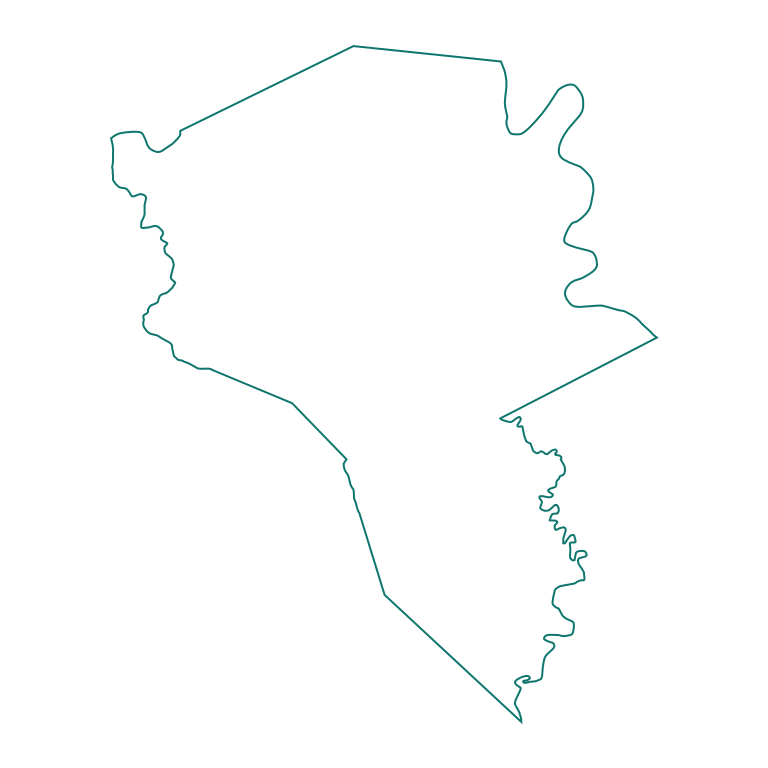 Potrerillos, Cortés, Honduras
{"feature_id": "27666195B96940721664513", "entity_name": "Potrerillos", "entity_type": "district", "adm_level": 2, "iso_a3": "HND", "parent_name": "Honduras", "parent_adm1": "Cortés", "projection": "mercator", "projection_center": [-87.952, 15.183], "detail": "fine", "context": "isolated", "style": "outline", "palette": "teal", "viewbox_px": 768, "rotation_deg": 0, "n_neighbors": 0, "source": "geoboundaries", "source_scale": "gbopen_adm2", "svg_char_len": 6108}
<svg xmlns="http://www.w3.org/2000/svg" viewBox="0 0 768 768"><path d="M180.2,130.9L180.3,134.4L179.8,135.8L177.4,138.9L172.9,143.5L162.3,150.7L160.4,151.6L158.6,152.0L156.7,151.9L154.0,151.0L151.1,149.5L149.3,148.0L147.5,145.3L145.0,138.6L143.0,134.5L141.7,133.0L139.6,132.1L136.8,131.8L132.7,131.8L126.2,132.3L121.4,133.0L118.7,133.7L116.1,134.8L113.7,136.3L111.1,138.3L112.5,144.2L113.1,148.8L112.9,163.1L112.1,167.3L112.7,169.6L112.7,172.8L113.1,176.4L112.9,179.2L113.3,180.6L115.9,184.2L119.2,187.2L120.4,187.6L125.2,188.3L126.9,189.2L129.0,191.7L131.2,195.5L132.0,196.2L132.9,196.4L134.2,196.2L139.0,194.4L140.3,194.1L143.4,194.7L144.6,195.4L145.5,196.3L145.9,197.2L146.1,198.3L144.6,205.1L144.6,214.2L144.2,215.8L143.2,218.3L141.4,222.0L141.1,226.2L141.2,227.1L142.0,227.9L143.4,228.0L148.9,227.4L153.7,226.1L156.2,226.0L158.2,226.8L161.6,230.0L162.8,231.7L163.0,233.4L162.8,234.6L160.9,237.4L161.0,239.0L162.3,240.4L166.8,242.8L167.3,243.3L166.7,244.6L165.1,246.2L164.4,247.7L164.5,250.2L165.1,252.4L165.9,253.6L171.5,258.3L172.7,260.5L173.6,263.7L173.7,265.4L171.1,275.5L170.8,277.7L171.5,279.2L174.8,282.1L175.2,282.6L175.1,283.0L172.5,287.5L168.5,291.4L166.2,293.1L162.5,294.1L160.0,295.7L159.3,297.1L157.8,301.8L157.3,302.5L154.5,304.0L151.3,305.2L149.3,307.1L148.0,309.8L148.0,311.7L147.7,312.5L146.3,313.8L144.2,314.8L143.4,315.9L143.4,317.5L143.9,320.0L143.3,321.9L143.3,324.2L143.5,325.9L144.2,327.5L146.8,331.1L149.4,333.2L151.3,334.0L157.2,335.4L163.5,339.3L169.3,342.4L170.9,343.6L172.0,345.5L172.2,348.3L173.9,355.9L177.8,359.7L182.5,360.7L184.0,361.6L188.7,363.3L197.9,368.5L201.6,368.8L208.5,368.6L211.1,369.2L214.0,370.7L292.1,403.2L346.5,459.3L343.8,463.4L343.7,466.0L344.5,469.4L345.5,471.4L347.8,474.8L348.5,476.4L350.5,484.6L351.6,486.9L353.5,489.7L353.9,493.5L354.0,498.4L355.6,502.3L357.8,510.3L359.4,513.2L384.6,594.9L521.3,721.9L521.2,718.9L519.3,712.2L515.3,704.9L515.0,703.5L515.1,702.1L515.7,699.8L519.5,691.8L520.6,689.1L520.7,688.1L520.4,687.6L516.8,685.2L515.9,684.3L515.0,682.8L515.1,681.5L516.7,679.8L520.0,677.9L522.8,676.7L526.0,676.0L527.8,676.0L529.0,676.5L529.7,677.4L529.8,678.5L527.5,680.2L524.3,680.7L523.3,681.1L523.1,681.4L523.2,681.9L524.2,682.8L525.8,682.8L530.1,681.8L535.4,681.3L539.9,679.6L541.4,678.4L542.1,676.1L542.8,667.2L543.3,663.9L544.0,660.3L544.8,657.6L545.7,656.0L547.1,654.3L553.0,648.8L554.0,647.3L554.4,646.2L554.1,644.4L553.0,643.0L547.4,641.1L545.5,640.1L544.3,639.2L544.0,638.6L544.2,637.6L545.3,636.0L546.8,635.2L549.5,634.8L558.3,635.0L562.3,636.0L564.9,636.1L570.2,635.1L571.5,634.5L572.5,633.6L573.2,631.5L573.8,627.8L573.9,624.6L573.5,622.6L572.3,621.4L566.7,618.9L563.8,616.9L562.4,615.5L558.8,608.7L555.6,607.2L553.1,604.8L552.7,604.0L552.5,602.5L553.1,597.7L554.9,590.0L556.5,588.3L559.0,586.7L560.7,586.0L574.6,583.5L577.2,581.8L578.7,581.1L581.3,580.2L583.6,580.3L584.2,579.8L584.5,578.2L583.8,572.1L581.7,568.5L578.9,564.5L578.1,562.1L578.0,560.3L578.4,559.0L579.2,558.2L585.4,556.5L586.5,555.6L586.7,554.9L586.1,552.9L585.3,551.8L584.6,551.3L582.1,550.8L578.1,551.3L576.8,552.0L575.9,553.0L574.5,560.1L573.9,560.4L573.0,560.4L571.4,559.5L570.4,558.1L570.0,556.9L570.4,549.0L569.8,543.8L570.1,542.9L570.6,542.6L574.3,542.5L575.0,542.3L575.5,541.9L575.5,540.5L574.2,535.6L573.7,535.1L572.8,534.9L571.1,535.3L569.8,536.3L567.5,539.2L565.3,542.7L564.3,543.4L563.3,543.3L563.3,538.4L565.7,530.6L565.7,529.5L565.2,528.3L564.3,527.4L563.0,527.4L560.3,528.0L556.4,529.8L555.5,529.8L554.8,528.4L554.6,525.7L557.3,522.4L557.3,521.9L556.6,521.2L555.4,520.6L549.8,520.4L550.6,517.2L552.1,514.3L552.8,513.9L557.4,513.4L558.1,512.5L558.7,511.0L558.8,509.3L558.4,507.7L557.8,506.2L556.6,505.0L555.0,505.0L549.0,510.3L546.7,510.7L545.0,510.8L542.6,510.1L541.1,509.2L540.3,508.0L540.3,507.2L542.0,502.2L541.0,500.0L539.6,498.3L539.4,497.4L539.6,496.6L540.3,496.2L543.1,496.2L547.1,497.1L549.7,497.3L551.0,497.0L552.3,496.2L552.9,495.2L552.6,494.2L548.4,491.4L548.2,490.8L548.3,490.1L549.9,488.8L555.1,487.0L555.7,486.6L556.2,485.4L556.5,481.8L557.1,480.4L558.6,479.2L560.0,476.2L563.2,474.9L564.4,473.2L565.0,470.5L564.8,467.4L564.0,465.2L560.7,459.4L561.4,458.2L561.2,456.9L559.6,455.6L555.7,454.9L555.4,454.7L555.2,453.4L556.5,452.7L556.8,451.4L556.4,450.3L555.3,449.5L553.7,449.8L551.4,450.8L547.2,454.2L545.0,453.7L544.0,452.6L541.5,451.3L540.3,451.6L538.3,452.9L536.8,453.3L533.6,451.4L532.9,450.1L530.6,443.7L527.3,442.1L526.5,441.4L526.0,440.7L524.1,435.4L522.4,426.6L521.7,426.2L520.3,426.6L518.6,426.6L517.8,426.4L517.5,426.0L517.5,425.2L517.8,424.4L520.1,421.0L520.6,419.7L520.7,418.4L519.8,417.2L519.2,417.0L517.9,417.5L515.3,419.1L512.5,421.4L510.6,422.1L507.9,421.7L502.4,420.0L501.3,419.4L500.3,418.4L656.9,337.6L653.9,335.3L650.2,331.5L642.4,324.3L639.0,320.6L636.3,318.1L631.9,315.2L625.8,311.8L623.6,311.0L618.3,310.1L605.1,306.3L602.0,305.6L597.9,305.6L580.6,306.9L576.7,306.8L574.4,306.4L571.7,305.2L569.3,302.7L566.8,299.3L565.4,296.1L564.9,293.2L565.5,290.1L567.1,287.0L569.8,283.7L571.5,282.3L574.1,280.8L576.3,280.0L580.1,278.9L582.8,277.8L589.8,273.7L593.1,271.3L594.8,269.6L596.4,267.3L597.0,265.3L596.8,261.8L596.1,258.0L594.4,254.5L592.7,252.3L589.0,250.8L575.7,247.4L569.1,245.1L565.4,243.1L564.5,241.8L564.1,240.2L564.5,237.5L565.9,233.6L568.4,228.4L571.1,224.3L572.8,222.8L576.9,221.5L580.7,218.8L585.1,214.7L587.1,212.4L588.7,210.0L589.9,207.6L591.0,203.9L593.4,191.4L593.2,185.8L592.2,180.7L590.7,177.4L587.9,173.9L584.0,169.9L580.4,166.8L568.8,162.2L563.3,159.3L561.5,157.7L560.0,155.8L559.3,154.2L558.8,152.1L558.9,148.6L559.6,145.0L561.5,139.9L564.2,134.8L568.2,128.9L579.7,115.5L582.2,111.3L583.2,106.8L583.2,101.4L582.6,97.1L581.2,93.6L578.6,89.8L576.3,86.9L575.0,85.7L573.3,84.8L570.6,84.5L568.1,84.8L565.0,85.8L561.9,87.4L559.2,89.2L557.9,90.5L548.7,104.6L541.8,114.0L534.9,121.9L529.0,128.0L524.5,131.9L521.2,133.9L519.7,134.2L517.1,134.4L512.3,134.1L510.5,133.3L509.0,131.2L507.4,127.5L506.5,124.2L506.4,121.5L507.2,117.9L507.2,116.1L505.3,107.5L504.8,102.9L505.3,96.6L506.4,87.0L506.4,80.7L505.5,75.0L504.4,70.3L500.9,61.5L353.4,46.1L180.2,130.9Z" fill="none" stroke="#0f766e" stroke-width="2"/></svg>